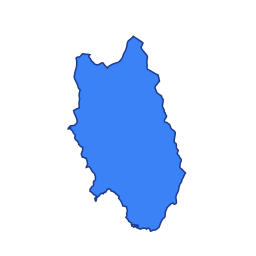 the district of Bac Me, Hà Giang, Vietnam, rotated 35°
{"feature_id": "81297802B85329428934549", "entity_name": "Bac Me", "entity_type": "district", "adm_level": 2, "iso_a3": "VNM", "parent_name": "Vietnam", "parent_adm1": "Hà Giang", "projection": "equal_earth", "projection_center": [105.318, 22.763], "detail": "fine", "context": "isolated", "style": "filled", "palette": "blue", "viewbox_px": 256, "rotation_deg": 35, "n_neighbors": 0, "source": "geoboundaries", "source_scale": "gbopen_adm2", "svg_char_len": 5847}
<svg xmlns="http://www.w3.org/2000/svg" viewBox="0 0 256 256"><g transform="rotate(35 128 128)"><path d="M127.0,71.7L123.9,68.7L122.5,67.6L122.1,67.4L120.7,67.5L119.7,67.8L118.1,67.9L110.5,68.6L109.8,68.5L108.5,67.1L107.7,65.6L106.4,64.2L104.9,62.1L103.3,58.8L102.5,58.1L101.4,57.5L98.9,56.8L96.8,56.3L94.5,55.6L92.7,54.7L92.5,54.3L92.3,53.7L91.8,50.7L91.4,49.7L88.3,49.6L79.7,49.9L79.6,51.6L78.3,56.2L78.4,57.5L78.7,58.8L80.3,62.1L81.0,64.1L81.5,65.9L81.9,69.7L82.7,72.4L83.1,74.0L83.1,75.0L82.8,78.8L81.4,81.0L79.2,83.8L77.9,86.2L76.7,88.8L76.6,90.8L74.1,90.2L72.3,89.8L70.4,89.1L70.0,89.1L69.6,89.3L69.2,89.7L68.8,90.3L67.3,93.5L66.4,94.0L65.5,94.3L64.4,94.7L63.4,94.7L62.5,94.3L61.1,94.1L59.3,94.0L58.4,93.3L57.6,92.9L55.9,92.5L55.0,91.8L54.7,91.1L54.7,89.8L53.4,90.4L51.5,91.6L49.2,92.7L48.5,92.9L48.3,93.2L48.0,94.3L47.8,96.9L47.5,97.5L46.0,98.9L45.6,99.5L45.4,100.6L46.1,101.1L47.4,102.4L48.7,104.1L49.9,106.0L50.9,107.8L51.7,110.3L52.7,113.1L54.6,117.0L55.1,117.5L56.6,118.6L59.0,119.9L62.7,122.1L63.6,123.0L64.7,123.9L66.3,124.2L67.2,124.2L67.2,125.1L67.6,126.2L68.5,128.1L69.2,129.4L71.8,132.0L73.4,135.5L74.7,137.2L76.5,139.5L74.8,142.1L73.8,144.1L73.5,145.0L75.6,146.7L78.8,148.6L80.4,149.7L82.1,151.3L82.8,152.1L83.0,152.4L83.1,153.1L83.2,153.9L82.8,155.7L82.5,156.6L82.2,157.1L80.1,158.7L79.7,159.1L79.5,159.6L79.2,162.1L79.4,162.8L79.6,163.1L80.2,162.5L81.0,160.9L81.5,161.7L81.9,161.9L82.8,162.1L83.9,162.2L84.4,162.4L85.2,162.8L86.1,163.5L86.9,163.6L88.4,164.1L89.1,164.4L89.3,164.6L89.6,165.8L89.8,166.2L90.1,166.8L90.5,167.1L92.5,167.8L93.1,167.8L93.7,167.6L94.6,168.0L96.1,168.8L97.1,169.7L97.4,169.8L99.0,170.1L100.1,170.3L100.6,170.2L101.5,170.0L102.1,169.9L102.4,170.3L102.6,170.7L102.6,171.1L103.1,171.5L103.4,172.0L103.7,172.8L104.5,175.5L104.4,175.8L105.8,177.1L107.3,178.1L108.9,177.3L110.4,177.3L111.4,176.7L112.0,177.5L113.1,178.3L114.6,179.8L115.5,180.5L115.7,180.8L115.8,181.3L115.9,181.9L116.2,183.7L116.4,184.2L116.9,183.5L117.4,182.9L118.4,182.0L118.9,181.9L119.6,182.3L121.2,182.9L122.8,183.8L124.3,184.3L126.3,184.5L127.0,184.8L128.0,185.7L128.6,186.0L129.3,186.6L129.9,187.5L130.4,188.3L130.9,188.8L131.1,189.3L131.2,189.7L131.1,189.9L130.4,191.2L130.5,191.7L131.2,192.9L131.8,193.3L132.2,193.9L132.4,194.6L132.7,195.8L132.0,196.8L132.0,197.1L132.2,198.5L132.0,199.2L132.0,199.6L132.0,200.0L132.7,200.8L133.0,201.4L133.3,201.7L133.6,201.7L134.2,201.5L134.7,201.5L136.7,201.8L137.7,202.1L139.1,202.0L139.7,201.7L141.3,201.9L141.4,202.3L141.2,203.7L141.2,204.3L141.3,204.7L141.8,205.3L142.4,205.9L142.8,206.2L143.6,206.4L143.7,206.2L143.6,205.9L143.1,204.6L142.4,203.6L142.4,203.0L143.2,200.4L143.3,199.9L143.3,198.7L143.7,197.2L143.9,196.6L144.0,196.4L144.2,196.2L145.5,196.2L145.6,195.7L145.3,194.9L145.3,194.4L145.4,194.2L146.2,193.9L146.4,193.7L146.5,191.2L146.2,190.8L146.1,190.3L146.2,190.0L146.5,189.7L146.9,189.5L147.1,189.3L147.4,188.9L147.7,188.6L148.2,188.5L148.9,188.5L149.7,189.1L150.1,189.2L150.8,189.1L151.9,188.7L152.8,188.2L153.1,188.6L153.5,188.8L154.3,188.4L155.4,188.8L156.1,189.0L156.6,188.9L156.8,188.7L157.5,189.0L158.2,188.9L158.5,189.1L159.0,189.1L159.7,188.9L160.0,189.2L160.1,189.4L160.2,190.4L160.3,190.6L161.0,191.0L161.6,191.1L162.0,191.4L162.7,191.5L163.5,191.6L167.5,194.0L168.4,194.8L169.3,194.5L171.7,193.4L172.0,193.4L172.8,194.4L173.5,195.0L174.2,195.3L174.6,195.7L175.0,196.4L175.3,197.0L175.9,198.9L177.0,200.1L177.3,200.5L177.5,201.0L177.5,202.4L180.5,203.1L181.2,203.4L181.9,204.0L184.0,203.9L184.4,203.7L184.7,203.8L185.1,204.0L186.4,205.3L186.8,205.5L187.4,206.1L187.6,206.2L187.8,205.9L187.5,204.7L187.4,204.2L187.4,203.9L187.9,203.7L188.5,203.6L189.4,203.3L189.5,203.5L189.4,204.1L189.3,204.9L189.3,205.9L189.5,206.0L189.7,205.8L190.0,205.0L190.7,204.8L190.8,204.7L190.5,204.1L190.5,203.7L190.8,202.9L190.9,202.3L191.1,202.1L192.0,202.1L191.7,203.0L191.9,203.3L192.0,203.5L192.3,203.5L192.7,203.2L192.8,203.4L192.8,203.9L192.4,204.6L192.7,204.7L193.4,204.2L194.4,204.3L194.6,204.2L195.2,203.7L195.9,203.9L196.6,203.1L197.4,201.7L197.9,201.3L198.3,201.1L198.6,201.0L199.6,200.4L200.5,200.1L201.2,200.2L201.3,199.5L201.5,199.1L201.8,198.8L201.9,198.4L202.1,198.3L202.5,198.5L203.4,198.3L204.5,198.6L205.1,199.4L205.5,199.6L205.9,199.3L207.8,196.6L208.5,196.2L208.8,196.0L209.7,194.1L209.9,193.0L210.2,192.1L210.3,191.4L210.2,190.7L209.3,187.7L208.6,183.4L208.8,181.9L209.2,180.7L209.2,180.0L209.1,179.3L206.8,175.3L205.9,171.6L205.8,171.0L205.8,169.8L206.0,169.0L206.8,165.2L207.1,164.7L207.5,164.1L207.9,163.9L208.3,163.8L209.1,164.0L209.4,164.0L209.7,163.8L210.4,163.0L210.6,161.7L210.1,160.8L207.4,157.8L206.6,156.7L206.2,155.7L205.8,153.8L205.5,151.7L205.2,150.7L204.3,148.3L203.3,146.2L202.7,144.1L202.8,142.7L202.5,140.8L201.9,139.4L201.6,136.6L201.0,134.0L201.0,132.0L200.9,131.8L200.7,131.7L199.0,131.6L198.4,131.4L198.0,131.5L196.6,130.9L195.2,130.9L193.4,130.7L193.0,130.4L192.7,130.0L191.0,126.8L190.6,124.8L190.2,124.2L189.8,123.5L188.9,122.9L187.2,122.4L185.6,121.5L183.8,121.2L183.4,121.0L182.7,120.2L182.5,119.4L182.3,118.2L182.2,117.8L181.9,117.4L181.6,117.3L179.8,117.0L179.2,116.7L178.8,116.3L178.0,115.0L177.1,113.9L176.6,113.4L176.0,113.2L174.7,113.2L174.1,113.0L173.7,112.6L172.8,111.4L169.9,105.4L169.2,104.6L168.5,104.2L167.3,103.8L165.0,103.9L163.5,103.6L163.1,103.4L162.3,102.8L160.3,101.5L159.8,101.3L158.4,101.3L156.6,101.2L154.9,101.9L154.5,101.9L154.2,101.8L153.4,100.8L153.2,99.8L153.2,98.1L153.2,97.1L152.9,96.4L152.5,95.9L152.1,95.7L150.7,95.3L149.9,94.4L149.2,94.1L148.5,94.1L148.3,93.9L147.9,93.2L146.7,92.1L144.5,91.1L144.1,90.7L143.6,90.2L143.0,89.1L141.7,86.4L140.9,85.1L140.6,84.6L140.3,84.3L139.0,84.1L138.7,84.0L137.3,82.7L136.5,82.5L135.9,82.5L134.4,82.6L131.9,82.6L131.3,82.5L127.2,79.7L126.9,79.3L126.6,78.7L126.5,78.0L126.5,76.8L126.7,75.1L126.8,72.2L127.0,71.7Z" fill="#3b82f6" stroke="#1e3a8a" stroke-width="1.5"/></g></svg>